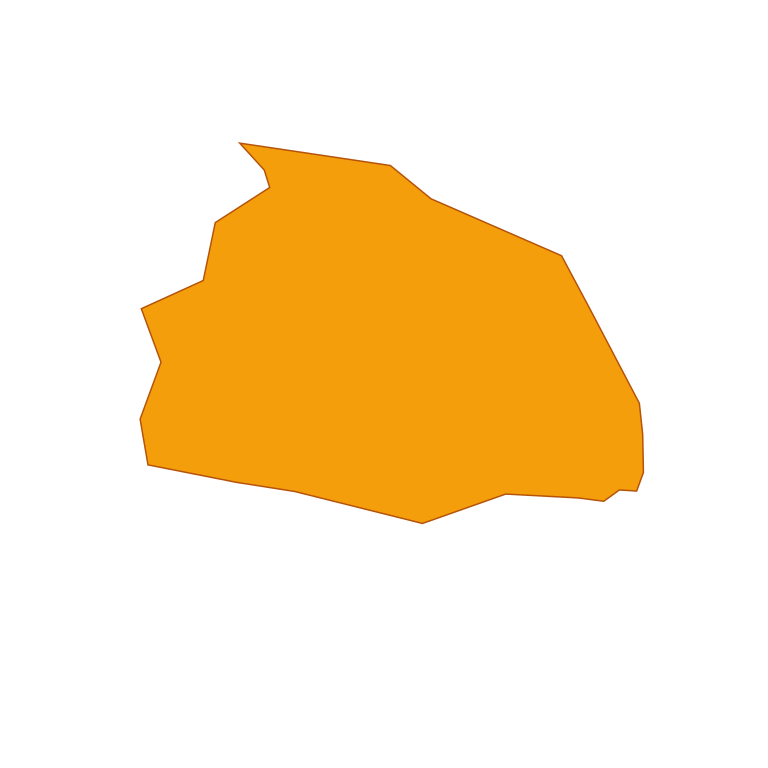 outline of Rafael Fernandes, Rio Grande do Norte, Brazil, rotated 39°
{"feature_id": "56859067B30236732914400", "entity_name": "Rafael Fernandes", "entity_type": "district", "adm_level": 2, "iso_a3": "BRA", "parent_name": "Brazil", "parent_adm1": "Rio Grande do Norte", "projection": "albers", "projection_center": [-38.222, -6.202], "detail": "fine", "context": "isolated", "style": "filled", "palette": "amber", "viewbox_px": 768, "rotation_deg": 39, "n_neighbors": 0, "source": "geoboundaries", "source_scale": "gbopen_adm2", "svg_char_len": 470}
<svg xmlns="http://www.w3.org/2000/svg" viewBox="0 0 768 768"><g transform="rotate(39 384 384)"><path d="M148.0,478.2L197.0,507.4L216.6,564.8L251.5,595.4L331.2,553.3L382.1,523.8L501.6,468.2L547.8,393.0L606.4,350.5L628.6,336.8L633.6,318.2L647.7,308.2L641.3,289.5L616.7,260.3L594.6,238.3L498.0,196.6L441.3,172.6L304.0,210.5L251.5,210.2L120.3,287.6L156.3,293.1L171.5,303.2L151.3,364.7L178.4,417.3L148.0,478.2Z" fill="#f59e0b" stroke="#b45309" stroke-width="1.5"/></g></svg>